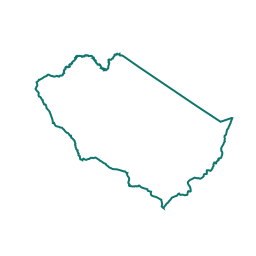 the district of Upala, Alajuela, Costa Rica, rotated 13°
{"feature_id": "36466004B97209373697434", "entity_name": "Upala", "entity_type": "district", "adm_level": 2, "iso_a3": "CRI", "parent_name": "Costa Rica", "parent_adm1": "Alajuela", "projection": "mercator", "projection_center": [-85.236, 10.868], "detail": "fine", "context": "isolated", "style": "outline", "palette": "teal", "viewbox_px": 256, "rotation_deg": 13, "n_neighbors": 0, "source": "geoboundaries", "source_scale": "gbopen_adm2", "svg_char_len": 5640}
<svg xmlns="http://www.w3.org/2000/svg" viewBox="0 0 256 256"><g transform="rotate(13 128 128)"><path d="M227.4,94.9L226.8,94.9L216.8,101.1L189.3,90.9L125.1,66.2L107.7,59.2L105.7,58.6L104.4,59.1L103.8,59.1L103.6,58.8L103.2,57.9L102.9,58.5L102.0,58.5L100.9,58.0L100.6,58.2L100.6,58.8L100.3,58.9L99.9,59.4L99.4,59.5L99.0,59.2L98.6,59.4L98.4,59.7L98.6,61.0L97.9,61.9L97.6,63.2L97.6,63.7L96.9,64.0L96.0,65.4L94.7,65.4L93.8,65.7L93.6,65.9L93.6,66.2L93.9,66.5L94.1,67.2L94.4,67.4L94.3,68.6L95.1,68.9L95.1,70.7L94.9,71.9L95.0,73.1L95.3,74.1L94.6,75.3L93.6,76.6L93.2,76.4L92.9,76.5L92.5,76.4L92.4,76.5L92.2,77.0L91.6,77.2L91.6,76.8L92.0,76.3L92.2,75.7L90.6,75.5L90.1,76.3L89.4,76.0L88.6,75.9L89.1,75.4L88.1,75.0L88.1,74.4L87.3,73.8L87.0,73.1L86.6,72.7L85.8,72.4L85.5,72.6L85.4,73.0L84.8,72.9L84.3,73.1L84.1,73.1L83.8,72.4L82.3,71.6L81.3,70.5L80.9,70.2L81.2,70.1L81.6,70.1L81.6,69.9L81.4,69.6L81.2,69.5L80.2,69.1L80.0,68.9L79.1,68.7L79.2,67.9L78.2,67.8L78.7,67.4L78.7,67.1L77.8,67.0L76.7,66.0L76.1,65.9L75.4,66.2L74.8,66.3L73.8,66.8L73.2,66.8L72.7,66.2L71.7,66.3L71.2,66.9L70.7,67.1L70.3,66.6L70.1,66.6L69.2,67.5L69.2,67.8L69.0,68.3L68.1,68.2L67.7,68.7L67.2,69.0L66.6,68.4L66.3,68.4L65.7,68.6L64.4,68.6L63.9,69.0L62.9,68.9L62.6,69.6L62.3,69.5L61.9,69.5L62.0,70.1L61.2,70.3L61.2,70.9L60.9,71.2L61.8,71.6L61.7,72.1L61.5,72.3L61.0,72.4L61.2,72.9L60.7,73.9L60.6,74.4L60.1,74.6L59.0,76.1L59.1,77.0L59.0,77.5L58.8,77.7L58.5,77.6L58.5,78.6L58.3,78.8L57.8,78.8L57.6,78.7L57.5,77.9L57.3,79.1L56.7,79.5L57.0,80.0L56.7,80.9L57.5,81.3L57.4,81.6L56.5,81.9L56.2,82.2L55.9,82.3L55.2,82.0L54.9,82.2L54.4,82.0L53.8,82.5L53.7,82.8L53.9,83.0L53.4,83.3L53.8,84.6L53.6,85.0L52.9,85.4L52.9,85.9L52.6,86.3L52.6,86.6L53.0,87.2L52.8,88.0L53.4,88.8L53.5,89.0L52.7,89.6L52.4,90.2L52.6,90.8L51.9,91.7L51.2,92.0L50.3,92.1L50.1,92.3L49.5,92.5L49.4,93.3L48.7,93.3L48.6,93.5L48.1,93.5L47.7,93.3L46.9,93.2L45.4,94.2L44.2,94.6L43.4,94.6L42.6,94.3L41.8,94.6L41.4,94.6L40.3,94.2L39.4,94.1L38.9,93.9L38.2,94.0L37.6,94.3L37.4,95.1L36.2,96.3L34.8,97.0L34.4,97.7L32.9,99.3L31.7,100.2L31.3,100.7L30.5,100.9L30.2,101.2L30.2,101.9L29.9,102.5L29.2,103.2L28.6,104.0L29.3,105.0L30.0,106.7L30.0,107.6L29.5,108.5L29.5,109.5L29.1,110.3L29.3,111.0L30.2,111.8L33.0,113.7L33.3,114.8L33.4,116.1L34.1,117.2L34.4,117.4L35.4,117.4L35.6,117.5L36.2,117.9L36.4,118.4L36.9,118.7L38.0,120.0L38.3,120.1L38.7,120.1L39.0,121.2L39.5,121.8L39.6,122.2L40.2,122.7L40.8,123.7L41.0,123.9L41.3,124.0L41.9,123.7L42.4,123.7L42.7,124.0L43.6,125.4L44.2,127.1L45.3,127.7L46.1,128.4L47.3,129.1L48.0,129.7L48.3,130.5L49.0,131.3L52.7,137.2L52.8,137.6L53.5,139.2L53.6,140.1L54.2,140.1L54.6,139.6L54.8,139.6L55.2,140.3L56.6,141.9L57.6,142.4L60.3,142.4L61.4,142.7L63.7,142.6L65.0,143.6L65.9,143.9L66.7,144.7L68.7,146.1L69.5,146.4L70.6,146.4L71.4,146.9L72.2,147.7L72.7,148.0L72.9,148.4L73.9,148.3L74.2,148.3L74.4,148.6L74.4,149.4L74.9,150.0L75.3,150.4L76.1,150.6L77.6,151.7L78.1,151.9L78.6,152.3L78.7,152.7L79.2,153.1L79.6,154.3L80.4,155.2L80.2,156.4L80.9,157.1L81.2,158.5L81.9,159.2L82.3,160.2L83.1,160.8L84.0,161.1L84.0,162.3L85.0,163.3L85.0,163.7L85.2,163.9L85.8,164.2L85.8,165.6L86.6,166.1L87.3,166.2L88.1,168.5L88.6,169.3L89.3,169.3L89.9,169.1L90.9,169.6L91.1,168.5L91.5,167.9L93.3,168.4L94.5,168.4L95.5,167.7L96.6,167.0L97.1,167.0L98.3,165.5L99.5,165.2L101.1,165.1L102.9,164.1L104.3,164.5L105.5,165.0L106.7,165.4L108.0,166.1L109.6,166.5L111.9,167.5L114.4,168.0L114.9,168.7L115.2,168.9L117.5,169.9L118.0,170.4L119.4,170.8L120.5,170.9L121.9,171.4L122.9,171.4L126.2,170.8L128.1,170.8L133.8,171.2L134.5,171.0L134.9,171.0L136.2,171.9L137.5,172.0L137.3,172.6L137.3,173.2L137.4,173.3L137.9,174.1L138.9,175.3L140.0,176.1L140.3,176.5L140.5,177.0L140.7,178.1L140.7,179.4L140.5,181.0L141.2,181.9L142.2,182.7L141.8,183.4L141.8,183.7L142.1,184.0L142.5,184.2L143.2,184.2L144.0,183.9L145.6,184.0L146.5,183.6L147.3,183.6L148.4,182.9L149.9,182.9L150.8,182.3L151.2,182.3L151.4,181.8L151.7,181.6L152.2,181.6L153.5,182.5L154.7,182.9L157.6,183.2L160.0,183.2L160.8,183.4L161.0,184.2L161.4,184.7L162.1,184.8L164.8,184.9L164.8,186.0L165.1,187.0L165.7,188.1L166.6,188.6L167.6,188.8L169.6,188.8L171.5,189.0L174.6,189.9L175.8,190.3L176.5,190.4L176.8,191.2L177.4,192.1L178.0,193.7L178.5,194.8L178.4,196.2L178.5,196.9L179.3,197.3L179.7,197.7L180.7,198.1L180.5,197.7L181.0,196.8L181.3,195.8L182.0,194.8L182.6,193.1L183.8,191.7L184.1,190.8L185.6,188.1L186.3,186.1L189.0,184.1L190.6,183.2L191.1,182.5L191.9,180.8L192.7,180.4L193.1,181.0L194.1,181.3L194.5,181.3L196.3,180.6L197.2,180.6L198.5,180.8L199.4,180.3L200.4,180.0L200.8,179.7L200.7,178.0L200.8,176.2L201.1,175.9L202.0,176.0L202.8,176.0L203.3,175.4L202.8,173.6L201.8,171.6L201.2,170.9L200.3,170.3L199.0,168.7L198.6,167.8L198.6,167.1L198.7,166.8L199.0,166.4L199.6,165.3L200.0,164.8L200.8,164.1L202.2,163.1L203.3,162.0L204.0,161.4L206.4,161.4L207.3,161.3L207.7,161.0L209.6,161.2L210.1,161.0L211.6,159.5L212.4,158.4L212.6,157.9L212.4,157.1L212.5,156.1L212.8,155.8L213.7,155.3L214.5,155.3L215.0,155.1L215.0,154.1L214.3,151.9L214.5,151.4L215.5,151.3L216.2,151.0L218.0,151.2L218.6,150.6L218.8,149.7L219.4,148.3L219.3,147.4L219.6,146.4L219.9,146.0L219.9,145.4L219.4,144.3L219.8,142.2L220.5,142.2L221.7,142.8L221.8,142.7L221.8,141.4L222.0,140.7L223.5,138.9L223.5,138.4L222.9,138.0L223.1,137.5L223.3,137.2L224.8,136.7L225.3,136.3L225.5,135.5L225.6,133.9L225.8,133.2L225.7,131.9L225.3,130.3L224.2,129.5L224.0,129.2L224.0,128.4L223.4,127.4L223.4,126.1L224.6,122.5L224.8,120.7L225.4,119.4L224.9,118.7L224.8,116.7L224.1,115.3L223.9,113.9L225.0,112.4L224.9,107.6L225.1,107.0L225.8,105.9L225.9,104.3L226.4,102.5L226.5,101.1L226.8,100.4L226.8,99.1L227.4,94.9Z" fill="none" stroke="#0f766e" stroke-width="2"/></g></svg>